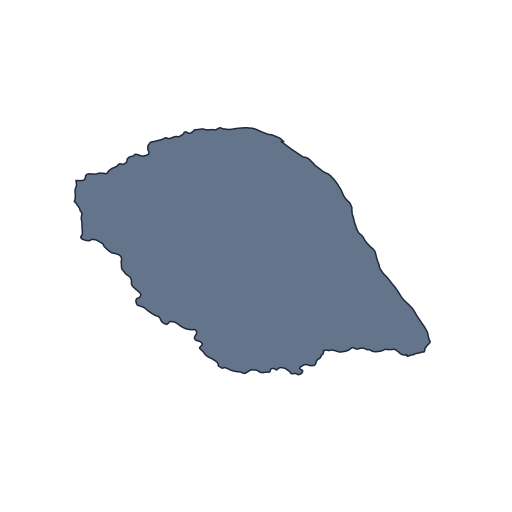 the district of Santana, Boyacá, Colombia, rotated 299°
{"feature_id": "7082276B99555261939009", "entity_name": "Santana", "entity_type": "district", "adm_level": 2, "iso_a3": "COL", "parent_name": "Colombia", "parent_adm1": "Boyacá", "projection": "equal_earth", "projection_center": [-73.497, 6.055], "detail": "fine", "context": "isolated", "style": "filled", "palette": "slate", "viewbox_px": 512, "rotation_deg": 299, "n_neighbors": 0, "source": "geoboundaries", "source_scale": "gbopen_adm2", "svg_char_len": 6104}
<svg xmlns="http://www.w3.org/2000/svg" viewBox="0 0 512 512"><g transform="rotate(299 256 256)"><path d="M352.2,167.4L351.7,166.7L351.1,165.2L351.0,162.9L350.4,162.0L349.3,161.1L346.7,159.6L345.3,156.3L343.8,154.1L342.4,151.7L341.9,150.2L341.6,148.6L341.1,147.4L337.8,143.0L337.0,141.5L336.3,140.9L334.4,140.6L331.9,139.3L331.0,138.3L330.7,137.4L330.7,136.1L330.6,134.5L330.1,133.8L329.2,133.2L327.7,133.3L326.8,133.1L325.1,131.9L324.2,131.7L323.3,130.9L322.5,130.0L322.1,128.8L321.4,127.6L320.6,126.7L317.7,124.3L316.8,123.4L316.1,122.2L316.0,120.7L315.4,119.3L314.0,118.6L312.0,117.0L310.0,114.8L307.0,111.7L304.9,109.1L303.9,108.5L302.8,108.3L301.8,108.3L300.8,108.0L299.8,108.2L297.9,109.0L296.7,109.8L295.8,111.0L294.3,112.4L292.9,112.5L291.6,111.8L290.6,111.1L288.7,108.9L288.1,107.6L287.7,106.3L287.6,104.6L287.0,102.5L286.5,101.3L285.7,100.6L284.2,100.4L283.3,99.5L282.3,98.3L280.8,97.0L280.2,97.0L279.2,96.5L278.2,96.4L275.8,97.4L274.5,96.9L272.5,96.0L271.8,95.4L270.7,92.3L269.3,91.2L268.5,91.2L267.2,90.9L265.0,89.4L262.7,87.5L261.0,86.7L258.8,85.8L256.2,85.6L255.4,85.1L254.1,81.8L252.9,79.4L252.1,78.2L250.7,77.1L249.6,75.6L246.8,69.9L246.1,69.1L245.3,68.5L243.9,68.0L241.0,69.0L239.6,69.0L238.7,68.4L237.7,67.4L235.4,63.3L234.8,62.0L231.0,64.7L229.3,65.1L226.7,65.5L224.4,66.6L220.8,69.0L218.4,69.9L217.5,70.5L216.8,70.7L216.1,70.5L215.7,70.6L215.4,71.1L215.0,72.8L212.7,77.5L212.0,78.7L210.5,80.1L210.0,81.0L209.5,82.3L209.0,82.9L208.2,83.4L205.6,84.3L203.9,85.0L201.1,87.4L195.5,90.7L192.1,93.0L190.1,93.6L189.4,93.6L188.3,93.4L187.6,93.5L186.7,94.6L186.5,95.8L186.7,97.3L187.1,99.4L187.6,100.8L188.4,102.6L189.3,103.5L190.4,103.8L191.2,105.0L192.0,106.7L192.5,108.3L192.6,109.8L192.5,114.6L192.3,116.1L191.9,117.0L190.8,118.4L190.5,119.5L189.6,122.5L189.1,125.5L188.8,128.0L189.2,129.7L190.3,133.1L190.6,136.0L190.2,137.7L189.6,138.6L188.6,139.7L187.3,140.3L186.2,140.6L184.9,141.3L183.6,142.2L181.0,143.8L179.6,144.9L177.3,150.4L177.0,151.6L176.7,154.9L176.4,156.4L174.6,158.7L171.2,160.6L170.3,161.6L169.7,162.7L168.8,165.9L168.1,169.6L167.7,171.3L167.2,172.9L166.7,173.8L165.4,174.3L163.8,174.3L162.6,173.8L161.6,172.8L160.6,172.4L159.7,172.3L158.5,172.7L157.1,173.8L155.7,175.6L155.6,176.7L156.6,182.0L156.5,184.0L155.8,187.8L155.3,191.9L155.2,197.1L155.8,199.4L155.7,200.4L155.3,201.7L154.7,202.8L153.9,203.6L153.1,204.8L152.7,205.8L152.4,208.5L152.7,210.1L153.0,211.2L153.9,211.6L156.5,212.3L157.1,212.7L158.5,215.9L158.7,217.0L158.8,218.1L158.7,219.8L158.1,224.7L158.1,227.1L158.4,230.4L159.2,232.8L159.8,234.4L160.9,236.6L161.6,237.3L162.0,238.1L161.9,239.2L161.3,240.5L160.3,241.2L158.4,241.7L156.8,241.5L155.1,241.6L154.1,242.2L153.6,242.9L153.2,244.2L153.3,245.5L153.7,246.7L154.0,248.2L153.8,250.1L153.4,251.4L151.9,252.0L149.8,251.3L148.5,251.1L147.8,251.7L147.4,253.1L146.9,255.6L146.2,257.3L145.3,259.0L144.8,260.7L144.6,262.4L144.6,264.6L144.8,267.1L144.5,271.7L144.2,273.7L143.2,275.1L142.3,275.9L141.5,276.5L141.6,278.7L141.4,280.4L141.6,281.1L142.1,281.6L142.8,281.9L143.1,282.5L143.4,283.5L143.7,285.3L143.9,289.2L144.4,291.7L145.6,295.4L146.6,297.5L147.1,299.0L147.4,301.8L147.8,302.9L148.3,303.6L149.0,303.8L149.8,304.4L152.2,305.7L153.6,306.6L154.1,307.1L154.6,307.9L156.1,310.9L156.4,311.8L156.5,312.7L156.3,315.5L156.5,316.7L156.7,317.5L158.1,319.6L159.6,321.5L160.6,323.6L161.4,324.2L161.9,324.2L162.4,324.2L163.6,323.8L164.1,323.8L165.1,324.2L165.8,325.0L166.2,326.5L166.4,327.3L166.2,328.8L166.6,329.5L168.0,329.9L169.6,330.7L170.1,331.2L170.6,332.0L171.6,335.0L171.8,336.1L171.7,337.6L171.3,341.1L170.4,343.3L170.3,344.0L170.4,344.4L171.2,345.7L172.4,347.5L172.6,348.3L172.6,349.9L172.7,350.5L173.7,351.7L174.7,352.4L176.3,352.9L177.1,352.9L177.9,352.6L178.3,352.3L178.5,351.9L178.6,351.2L178.4,350.0L178.7,348.9L179.3,348.6L180.3,348.6L184.0,350.7L185.3,352.2L185.6,353.0L186.4,356.6L187.4,358.4L188.3,359.6L188.8,360.1L190.1,360.4L191.0,360.4L193.1,359.9L195.5,360.0L196.0,360.4L196.9,361.2L197.3,361.2L198.7,361.7L200.5,361.3L202.7,362.1L204.8,361.6L206.0,360.9L206.4,361.6L207.7,362.9L208.2,363.6L208.4,364.3L208.4,365.0L208.7,365.7L209.3,366.4L210.5,367.6L211.5,371.0L212.2,374.6L212.4,375.3L213.2,376.8L215.1,379.2L215.7,380.0L217.7,382.0L220.0,383.4L221.6,384.0L222.6,384.7L223.0,385.9L223.0,387.2L223.2,388.5L223.6,389.5L224.2,390.5L225.5,391.4L226.0,392.0L226.3,392.8L227.3,394.3L227.6,394.9L227.7,395.5L227.8,397.8L228.2,399.3L229.2,400.9L229.0,402.5L229.1,404.2L230.0,406.6L230.9,408.0L233.4,411.4L234.6,412.5L236.3,413.6L236.9,414.1L237.7,415.6L237.9,416.5L239.8,419.8L241.1,421.6L241.5,421.9L241.6,423.0L241.3,426.4L241.1,427.6L240.9,428.2L240.6,429.7L240.5,430.4L240.6,431.2L240.7,432.0L241.6,434.4L241.7,434.7L242.5,435.2L242.8,435.8L242.1,436.2L241.6,437.0L242.8,438.3L244.3,439.3L246.0,441.6L247.9,442.8L248.8,443.8L249.1,444.3L250.1,445.5L253.1,448.5L253.3,449.3L253.7,449.5L255.3,449.4L256.4,448.8L257.3,448.5L258.2,448.9L259.5,448.8L259.9,448.8L262.6,449.7L263.2,449.7L264.3,450.0L265.2,450.0L265.8,449.7L266.6,448.3L267.4,447.3L272.0,443.3L273.1,441.9L276.0,437.1L277.4,434.1L281.9,425.3L284.5,421.1L286.0,418.2L287.5,413.2L289.1,406.9L290.4,403.4L293.3,398.4L296.5,392.0L297.4,389.2L300.8,381.3L302.4,375.8L304.9,370.9L306.4,369.1L307.8,368.0L309.0,366.7L311.2,364.0L317.0,358.6L317.8,357.5L318.8,355.4L319.7,351.0L321.2,346.5L322.6,343.3L324.2,340.9L325.4,338.1L325.6,336.1L326.2,334.3L328.0,331.6L329.3,330.0L331.1,328.2L333.0,325.9L335.7,323.6L339.6,319.6L342.6,317.6L344.8,316.4L346.3,314.6L347.9,312.3L349.0,308.3L349.8,306.1L351.1,303.6L355.1,298.3L359.0,291.2L360.2,288.5L361.0,286.5L361.5,284.7L362.4,282.1L362.5,280.5L362.8,279.6L362.4,276.4L362.4,273.3L363.0,270.1L363.9,263.6L364.9,261.0L365.6,258.5L366.2,256.8L366.6,253.9L366.3,251.3L365.6,249.9L365.4,249.1L365.7,246.5L365.8,245.1L366.6,235.1L368.3,222.8L368.7,223.0L369.5,224.4L369.9,223.2L370.4,221.4L370.6,219.4L369.8,211.7L369.3,210.1L367.9,206.7L368.1,206.2L367.5,202.3L366.8,194.9L366.5,192.8L365.9,190.6L365.1,189.1L363.6,185.5L361.3,181.8L358.4,177.5L354.3,172.3L352.3,168.5L352.2,168.1L352.2,167.4Z" fill="#64748b" stroke="#1e293b" stroke-width="1.5"/></g></svg>